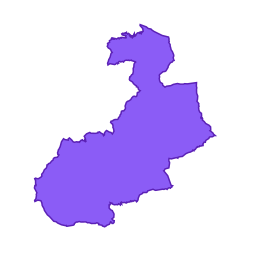 Bezdead, Dâmbovita, Romania, rotated 6°
{"feature_id": "2599482B78531328566142", "entity_name": "Bezdead", "entity_type": "district", "adm_level": 2, "iso_a3": "ROU", "parent_name": "Romania", "parent_adm1": "Dâmbovita", "projection": "equal_earth", "projection_center": [25.509, 45.163], "detail": "fine", "context": "isolated", "style": "filled", "palette": "violet", "viewbox_px": 256, "rotation_deg": 6, "n_neighbors": 0, "source": "geoboundaries", "source_scale": "gbopen_adm2", "svg_char_len": 5859}
<svg xmlns="http://www.w3.org/2000/svg" viewBox="0 0 256 256"><g transform="rotate(6 128 128)"><path d="M76.4,231.7L76.7,231.4L77.3,232.1L77.9,232.0L83.7,230.4L84.6,229.7L84.6,228.7L86.4,226.9L87.3,226.9L89.2,226.1L91.1,226.4L95.9,225.8L97.7,226.5L99.2,226.2L101.6,226.8L105.7,226.3L106.9,225.5L108.9,226.1L108.9,227.2L112.3,227.4L112.9,227.8L112.9,228.2L115.2,228.7L115.4,228.3L116.6,227.7L117.0,227.0L119.5,225.7L120.1,224.6L120.4,223.1L121.3,223.4L122.1,224.6L123.1,224.5L124.0,223.4L124.0,221.6L123.1,221.5L121.5,220.1L123.2,218.4L123.1,215.1L122.1,213.3L121.4,212.7L121.1,211.8L119.4,211.2L117.6,209.6L117.4,207.1L117.2,206.6L118.2,206.2L118.1,205.6L118.7,205.2L118.1,204.1L120.0,204.5L119.9,204.7L120.6,205.3L122.5,205.8L124.6,205.3L125.4,205.5L126.2,205.1L126.5,204.3L127.5,204.6L128.5,205.5L128.8,204.8L128.6,203.4L129.4,204.0L129.2,203.5L129.5,202.5L129.9,202.9L132.4,202.4L133.9,202.8L134.1,202.3L134.3,202.6L135.8,201.7L137.5,201.4L138.2,200.1L138.6,200.2L138.6,200.9L139.5,200.8L139.7,200.2L140.4,200.0L141.3,200.6L141.1,200.3L141.9,199.4L143.7,199.6L144.2,200.5L144.8,200.0L145.5,198.4L145.5,196.7L146.5,193.4L149.3,191.6L149.6,190.6L153.2,190.2L153.9,189.5L154.2,188.5L159.3,186.3L161.6,187.1L162.4,187.0L169.0,185.2L170.2,185.3L171.4,184.6L172.5,184.5L173.3,185.0L174.3,183.6L175.4,183.1L176.5,183.4L176.9,182.6L177.7,182.2L177.6,181.7L178.4,180.8L176.8,180.4L172.5,171.3L168.0,166.8L168.5,166.4L169.2,164.8L172.8,163.4L173.0,158.8L172.9,157.7L172.2,156.8L171.9,155.3L172.0,154.0L174.3,154.2L179.2,152.4L180.7,152.8L180.7,152.0L182.4,151.2L185.1,150.6L188.2,147.5L190.6,146.1L192.6,145.4L194.4,144.2L194.7,143.3L196.0,143.8L196.3,142.6L197.1,142.4L198.1,140.5L199.0,139.9L198.8,139.5L199.2,139.2L200.4,139.3L200.9,139.1L201.1,138.3L202.4,138.4L203.5,137.7L204.3,137.8L204.6,137.1L204.1,136.2L205.2,134.1L206.4,134.1L206.6,132.5L207.0,131.9L209.5,130.0L209.8,128.8L210.4,128.3L213.1,127.8L214.3,126.6L215.5,126.4L213.7,125.2L212.9,124.0L209.8,122.1L210.5,121.5L210.0,118.2L208.3,116.8L204.8,115.4L203.1,113.6L201.2,112.4L201.3,111.1L200.7,110.0L200.3,109.9L199.7,110.7L199.4,110.4L199.4,109.7L200.0,108.6L199.5,105.7L197.8,104.8L196.6,102.8L196.0,99.8L196.4,98.9L195.8,97.9L195.9,96.4L193.8,94.2L194.1,92.2L194.0,88.9L192.6,86.2L192.1,82.4L192.2,80.8L191.6,79.2L191.4,75.7L182.4,77.9L179.7,78.0L178.5,78.6L175.3,78.9L172.5,78.6L168.5,79.9L166.2,81.4L162.0,82.4L160.5,83.5L158.1,81.9L157.6,80.2L155.5,79.3L154.6,77.9L153.9,75.5L154.1,73.9L153.6,72.2L153.8,71.6L156.9,68.4L158.9,67.9L159.8,67.2L161.5,63.5L161.5,62.3L163.0,59.2L163.9,58.3L165.2,57.7L165.6,56.6L166.8,56.0L166.1,54.8L165.6,53.2L166.0,51.5L165.7,50.3L164.1,47.3L162.7,45.7L161.8,43.0L161.4,42.4L161.2,40.7L159.6,38.5L160.0,37.6L159.4,36.2L159.6,35.3L158.8,33.3L152.3,32.4L143.6,29.2L141.3,27.9L140.6,27.2L137.7,26.9L135.6,25.5L129.3,23.9L129.3,24.9L132.2,27.5L132.9,29.8L132.9,30.4L131.8,30.7L132.0,31.3L131.3,31.6L131.5,32.7L131.3,33.0L130.7,32.5L130.4,31.6L130.0,32.2L129.4,31.8L129.3,32.5L128.8,32.2L127.5,32.4L126.0,34.5L126.1,35.2L125.2,36.1L124.6,35.4L124.6,35.0L124.3,35.0L124.6,34.2L124.4,33.3L123.9,34.5L123.8,36.6L122.8,37.9L122.1,37.1L122.8,36.1L122.6,35.8L121.9,36.0L121.2,35.6L120.7,36.9L119.7,35.7L120.0,34.8L118.9,34.0L118.0,34.5L117.9,34.0L117.4,34.3L116.5,33.9L116.4,33.2L115.7,34.0L115.0,34.2L115.0,33.8L113.2,34.7L112.9,34.3L111.4,35.4L112.8,35.1L112.7,36.0L115.0,36.5L115.7,36.1L116.3,36.3L116.2,37.4L116.7,38.4L115.8,38.7L112.4,38.5L112.2,38.9L111.7,38.9L112.2,39.8L111.1,39.0L110.1,39.4L109.8,40.2L108.9,39.4L107.3,40.7L105.8,40.3L105.2,41.1L104.5,41.2L104.0,41.1L104.3,40.2L102.6,40.0L102.1,40.7L102.7,41.4L100.4,43.1L100.7,44.8L99.0,45.8L98.8,46.4L99.3,46.7L99.4,47.3L98.8,48.9L100.1,50.5L101.7,51.2L102.8,52.2L103.2,53.2L104.4,54.6L103.4,55.4L102.8,59.4L101.7,62.1L101.4,64.0L100.9,65.7L101.5,67.4L103.3,65.9L108.1,66.3L109.0,65.8L109.8,64.7L110.8,64.6L111.1,65.1L111.3,64.6L111.9,64.5L111.5,63.7L112.2,62.8L113.2,62.7L113.9,63.1L115.5,62.4L116.7,62.9L117.5,61.4L119.2,60.7L120.2,60.8L121.7,60.4L122.1,60.8L124.4,60.2L124.6,60.6L128.6,61.4L128.7,61.7L128.1,62.1L127.3,63.8L127.4,66.8L126.9,68.1L127.4,71.5L127.0,74.0L126.1,74.6L124.9,76.9L124.4,77.0L124.3,79.6L124.8,80.4L127.7,81.8L128.7,83.2L130.3,84.4L132.0,85.1L132.0,86.1L133.7,86.5L134.2,88.2L135.4,89.4L136.2,89.6L134.7,91.5L133.8,91.6L133.5,92.1L133.6,94.0L133.3,95.5L132.6,96.0L131.1,95.7L129.9,96.0L128.7,97.5L127.7,99.6L125.7,101.2L124.7,101.5L123.7,102.7L122.8,106.5L123.4,108.3L123.3,109.3L122.0,111.4L120.4,111.6L119.7,112.1L119.5,114.8L118.8,115.7L118.6,117.4L117.5,118.6L117.4,119.8L116.6,120.6L114.2,120.9L112.6,121.7L112.0,122.5L110.4,123.0L110.1,124.2L111.5,125.5L112.2,125.6L112.9,127.6L112.9,129.0L113.6,130.0L114.4,132.7L113.1,135.6L111.5,134.2L109.8,134.0L107.0,132.7L106.1,133.6L105.1,135.5L105.3,137.3L104.5,138.2L103.6,136.6L101.3,135.7L100.1,134.8L98.5,135.4L98.6,136.0L96.4,136.7L91.6,137.1L90.5,136.4L87.4,138.1L85.3,140.8L86.7,142.8L86.6,143.8L86.2,143.8L86.3,144.5L87.2,144.5L87.2,145.3L87.5,145.8L87.0,146.1L86.0,145.4L83.9,145.1L83.9,144.5L82.6,145.1L81.3,147.1L80.9,146.7L79.8,147.4L78.7,147.0L76.1,147.8L74.8,147.4L73.2,145.7L70.8,144.0L69.7,145.1L69.8,146.3L66.4,146.1L65.0,145.4L63.3,148.6L62.5,153.6L61.4,156.6L60.9,157.3L61.0,157.9L60.5,160.2L60.9,160.7L60.9,161.5L62.1,162.0L60.9,164.4L57.9,165.2L57.0,166.3L56.8,167.7L55.4,169.0L54.2,171.0L52.6,171.8L52.3,172.7L51.2,173.3L51.4,174.5L50.9,176.5L49.2,178.2L48.3,181.1L47.1,182.8L47.0,183.6L47.4,184.8L46.5,186.0L44.3,187.7L42.9,187.9L41.4,187.5L40.5,188.1L41.1,189.3L41.5,189.4L41.9,192.9L42.4,193.9L42.0,194.1L42.4,194.9L41.4,195.1L41.2,197.4L44.1,201.8L43.7,203.9L44.0,204.7L43.8,208.1L42.7,209.7L43.1,210.8L45.8,209.2L48.9,209.4L50.1,211.4L50.8,214.1L52.8,216.9L53.5,218.7L56.9,222.8L59.2,224.3L63.9,228.5L66.5,228.8L67.8,229.8L71.9,231.2L76.4,231.7Z" fill="#8b5cf6" stroke="#5b21b6" stroke-width="1.5"/></g></svg>